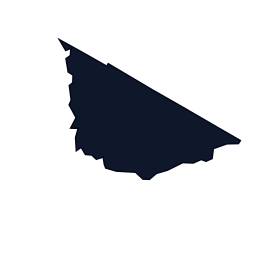 Clay, North Carolina, United States of America (Equal Earth projection), rotated 210°
{"feature_id": "52423323B90263119803595", "entity_name": "Clay", "entity_type": "district", "adm_level": 2, "iso_a3": "USA", "parent_name": "United States of America", "parent_adm1": "North Carolina", "projection": "equal_earth", "projection_center": [-83.73, 35.074], "detail": "fine", "context": "isolated", "style": "filled", "palette": "ink", "viewbox_px": 256, "rotation_deg": 210, "n_neighbors": 0, "source": "geoboundaries", "source_scale": "gbopen_adm2", "svg_char_len": 681}
<svg xmlns="http://www.w3.org/2000/svg" viewBox="0 0 256 256"><g transform="rotate(210 128 128)"><path d="M205.3,170.7L231.6,170.2L220.7,164.0L217.3,168.5L214.1,161.8L216.4,157.1L207.8,146.6L202.1,146.4L198.4,139.6L200.1,135.5L191.1,123.7L190.5,118.6L178.1,111.0L177.6,99.2L171.0,102.8L168.6,93.5L161.4,82.5L158.9,87.9L151.7,83.8L145.8,86.5L139.8,85.1L134.9,90.4L130.4,84.8L127.3,82.2L116.6,84.8L99.3,93.5L89.5,91.2L83.8,94.2L80.7,102.9L72.9,111.0L63.2,125.5L54.0,130.3L48.9,137.3L43.8,138.2L39.9,143.6L43.8,152.8L34.5,163.7L24.6,169.7L24.4,173.3L51.6,173.3L93.5,173.4L125.7,173.2L177.3,173.8L177.2,170.9L205.3,170.7Z" fill="#0f172a" stroke="#020617" stroke-width="1.5"/></g></svg>